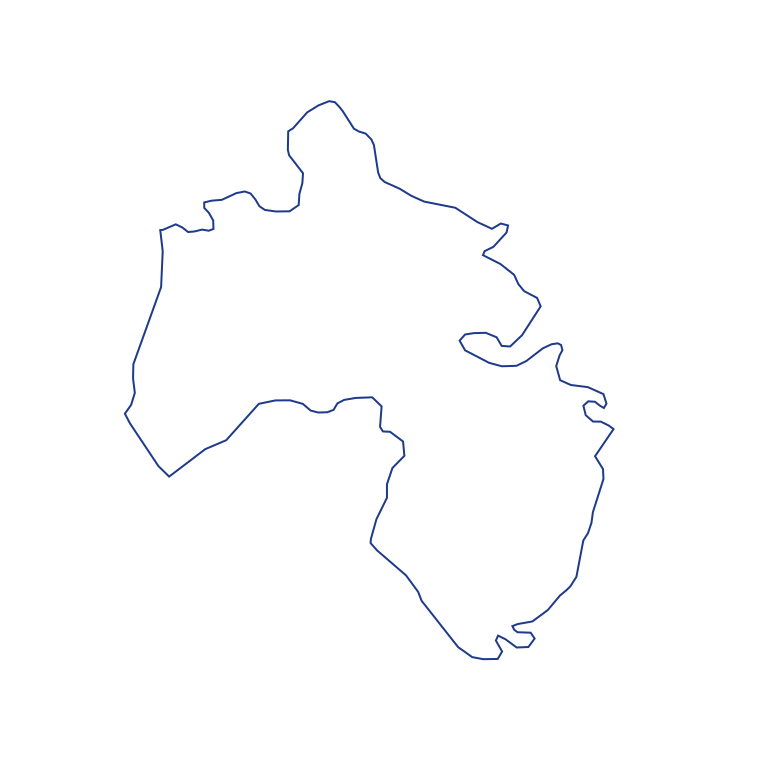 an SVG outline of Markazi, rotated 126°
{"feature_id": "IRN-3231", "entity_name": "Markazi", "entity_type": "Province", "adm_level": 1, "iso_a3": "IRN", "parent_name": "Iran", "parent_adm1": "", "projection": "equal_earth", "projection_center": [49.809, 34.588], "detail": "fine", "context": "isolated", "style": "outline", "palette": "blue", "viewbox_px": 768, "rotation_deg": 126, "n_neighbors": 0, "source": "natural_earth", "source_scale": "10m", "svg_char_len": 2182}
<svg xmlns="http://www.w3.org/2000/svg" viewBox="0 0 768 768"><g transform="rotate(126 384 384)"><path d="M585.2,503.4L583.0,518.3L565.2,566.3L560.3,576.2L549.5,576.3L537.6,580.4L527.0,590.3L515.3,598.4L436.6,621.3L406.6,641.1L391.0,655.5L389.3,653.5L377.2,646.3L375.9,639.1L376.2,631.8L372.1,627.1L366.0,621.9L363.0,615.9L358.8,613.1L352.1,618.3L348.4,626.4L347.2,632.9L342.8,636.2L336.9,631.1L330.4,623.5L316.3,615.6L310.1,609.8L308.3,603.9L310.3,596.5L313.4,589.3L313.2,582.7L308.0,572.9L299.8,561.9L289.4,558.2L279.9,564.2L269.5,568.1L261.1,573.4L254.7,595.3L251.1,599.4L235.9,610.0L230.7,607.9L209.4,605.8L197.0,600.7L187.4,594.6L184.9,589.3L186.0,583.3L187.5,577.8L195.1,558.5L194.5,552.8L192.2,546.0L193.6,537.9L196.6,532.6L216.3,513.1L219.6,508.0L220.2,502.2L216.8,486.0L215.7,472.4L212.8,458.7L199.5,429.9L198.1,403.6L195.0,387.9L185.5,383.8L182.8,376.8L189.4,373.9L208.7,376.1L217.4,380.7L221.6,379.6L218.5,360.3L219.2,342.9L224.2,334.0L226.5,325.2L224.4,310.7L229.1,302.9L263.3,301.0L279.5,304.0L284.0,311.2L280.0,320.4L282.8,331.8L290.2,341.4L296.3,347.5L304.5,348.3L309.1,338.2L305.1,311.4L300.4,299.1L291.4,287.5L281.8,282.4L261.6,276.4L253.2,271.7L248.9,267.2L248.4,263.6L251.8,259.5L257.5,258.8L268.3,255.2L277.4,243.7L275.0,232.3L266.7,217.2L263.2,200.5L269.1,192.5L274.2,192.0L274.6,196.7L274.4,203.0L278.0,208.6L284.4,209.9L290.7,202.4L291.5,192.8L287.0,186.5L285.5,177.7L285.6,171.8L318.4,170.8L324.1,156.8L331.9,150.6L364.8,139.7L374.5,134.5L384.8,131.3L393.4,130.8L426.9,115.0L438.0,114.3L443.6,115.2L451.7,117.3L470.5,118.6L488.9,124.4L499.7,134.8L504.4,137.8L506.3,134.1L506.3,130.0L499.0,119.2L501.4,112.5L511.9,112.6L519.2,121.8L519.1,135.5L520.5,143.8L525.8,142.7L531.0,131.2L539.6,130.4L548.3,142.0L553.1,152.1L553.3,169.4L537.3,226.1L532.1,234.2L525.9,253.6L522.7,291.8L520.6,301.3L517.1,303.5L497.7,310.7L474.4,314.7L463.3,322.7L447.0,327.8L430.1,325.3L419.3,334.8L419.1,351.0L423.0,357.0L421.0,362.0L403.5,372.8L401.7,385.7L411.9,398.7L420.3,406.9L427.1,410.3L434.6,409.6L440.2,413.3L445.7,420.4L448.6,427.7L447.8,438.0L452.4,450.4L461.1,462.2L473.6,473.6L522.2,478.6L541.7,490.3L585.2,503.4Z" fill="none" stroke="#1e3a8a" stroke-width="2"/></g></svg>